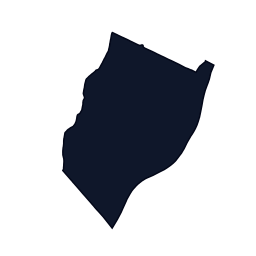 the district of Sliedrecht, Zuid-Holland, Netherlands, rotated 298°
{"feature_id": "6326949B68381004062168", "entity_name": "Sliedrecht", "entity_type": "district", "adm_level": 2, "iso_a3": "NLD", "parent_name": "Netherlands", "parent_adm1": "Zuid-Holland", "projection": "albers", "projection_center": [4.773, 51.831], "detail": "fine", "context": "isolated", "style": "filled", "palette": "ink", "viewbox_px": 256, "rotation_deg": 298, "n_neighbors": 0, "source": "geoboundaries", "source_scale": "gbopen_adm2", "svg_char_len": 5137}
<svg xmlns="http://www.w3.org/2000/svg" viewBox="0 0 256 256"><g transform="rotate(298 128 128)"><path d="M223.8,174.3L223.7,164.9L223.1,165.1L222.9,165.2L217.3,162.9L216.2,162.4L212.4,162.0L209.0,161.9L209.0,157.1L208.7,157.1L208.7,155.2L208.6,154.5L208.6,153.6L208.5,153.3L208.5,152.9L208.4,152.5L208.4,152.2L208.3,151.6L208.2,151.3L208.2,150.9L208.1,150.5L208.1,146.2L208.1,145.4L208.1,143.5L208.0,140.5L207.9,138.5L207.9,137.7L207.7,133.5L207.6,132.8L207.6,132.6L207.5,130.8L207.4,126.4L207.2,123.3L207.1,120.5L207.0,118.7L207.0,116.9L206.9,113.8L206.8,112.1L206.7,110.5L206.6,109.3L206.5,107.3L206.4,105.5L206.4,104.8L206.5,104.6L206.5,104.4L206.6,104.0L206.7,103.6L206.8,103.5L206.9,103.3L207.2,103.0L207.3,102.8L207.5,102.7L207.8,102.5L207.9,102.4L208.0,102.4L208.0,101.4L207.9,101.4L207.7,101.4L206.7,99.9L206.5,99.6L206.4,99.4L206.3,99.2L206.2,98.7L206.1,97.0L205.9,91.7L205.9,90.7L205.8,90.0L205.8,87.4L205.7,84.8L205.7,84.5L205.6,83.8L205.6,83.1L205.5,82.6L205.6,82.1L205.5,81.7L205.5,81.0L205.4,80.6L205.4,80.3L205.4,79.9L205.3,78.8L205.3,78.4L205.3,77.8L205.2,76.4L205.2,74.3L205.1,73.0L205.0,70.4L204.9,69.4L204.5,69.4L204.4,69.3L204.1,69.3L203.4,69.5L202.1,69.8L200.7,70.3L200.3,70.4L199.2,70.8L198.7,71.0L197.7,71.2L195.9,71.8L195.4,72.0L194.3,72.3L193.4,72.6L192.1,73.1L190.4,73.6L189.7,73.8L189.1,73.9L188.4,74.1L187.7,74.3L186.7,74.6L186.3,74.6L185.3,74.5L184.6,74.5L183.7,74.5L182.9,74.5L182.2,74.6L181.9,74.6L181.7,74.6L181.4,74.6L181.2,74.6L180.8,74.6L180.0,74.7L179.4,74.7L177.8,74.6L176.2,74.7L174.9,74.7L173.1,74.8L172.9,74.8L172.2,74.7L171.7,74.7L171.4,74.7L170.0,74.7L169.6,74.7L169.3,74.7L168.0,74.7L166.8,74.6L166.5,74.5L166.3,74.5L166.0,74.3L165.8,74.3L165.6,74.2L165.4,74.0L165.3,73.9L165.1,73.7L164.8,73.4L164.5,73.1L164.4,73.0L164.3,72.9L164.0,72.7L163.9,72.6L163.4,72.5L163.2,72.5L162.6,72.4L162.1,72.2L161.1,71.8L160.8,71.7L159.5,71.1L159.1,70.9L158.4,70.6L157.3,70.2L157.0,70.1L156.0,69.7L155.8,69.6L155.4,69.4L154.7,69.2L153.5,68.9L152.1,68.4L151.8,68.3L151.6,68.3L151.4,68.3L151.1,68.3L150.8,68.3L149.5,68.6L148.4,68.9L147.9,69.0L147.0,69.2L146.7,69.3L146.3,69.4L144.9,69.9L143.6,70.4L143.4,70.5L143.0,70.6L142.6,70.7L142.2,70.8L141.5,71.0L141.1,71.1L140.9,71.2L140.5,71.3L140.2,71.4L139.1,71.8L138.9,71.9L138.7,71.9L138.5,72.0L138.4,72.1L138.0,72.2L137.9,72.2L137.8,72.3L137.5,72.4L137.3,72.5L137.2,72.6L136.9,72.9L136.4,73.4L136.3,73.6L136.1,73.7L135.9,74.0L134.6,75.2L134.1,75.6L133.7,75.7L133.4,75.6L133.2,75.6L132.7,75.6L132.4,75.6L132.1,75.6L131.3,75.6L131.1,75.7L130.7,75.8L129.3,76.3L129.1,76.4L128.2,76.9L128.1,77.0L127.8,77.1L127.5,77.2L126.5,77.5L126.1,77.6L125.4,77.8L124.8,78.0L124.1,78.2L122.6,78.7L122.5,78.8L122.1,78.8L121.8,78.8L120.7,78.8L119.8,78.7L119.7,78.7L119.3,78.8L118.9,78.7L118.6,78.7L118.4,78.6L117.9,78.4L117.6,78.3L117.4,78.2L117.1,78.0L116.9,77.8L116.6,77.6L116.4,77.5L116.1,77.4L115.8,77.4L115.6,77.3L115.1,77.4L115.0,77.5L114.8,77.5L114.5,77.6L114.1,77.6L113.8,77.8L113.7,77.8L112.8,78.1L112.7,78.2L112.2,78.4L111.8,78.4L110.8,78.8L109.4,79.1L109.1,79.2L108.4,79.2L108.2,79.2L107.6,79.3L106.7,79.3L106.3,79.3L104.6,79.0L104.0,78.9L103.4,78.7L102.7,78.2L102.4,78.0L102.3,77.9L102.1,77.8L101.7,77.5L101.4,77.3L101.1,77.1L100.9,77.0L100.3,76.8L100.1,76.6L99.8,76.5L98.9,76.0L98.8,75.9L98.3,75.7L97.9,75.6L97.5,75.4L96.7,75.3L95.7,75.0L95.0,74.8L94.8,74.7L94.4,74.6L94.1,74.7L93.9,74.8L93.6,74.8L88.8,76.4L88.6,76.4L88.5,76.5L88.3,76.5L88.1,76.6L87.6,76.8L86.4,77.3L85.9,77.6L85.4,77.8L84.6,78.3L84.3,78.4L84.0,78.6L82.4,79.2L81.8,79.5L81.2,79.7L80.7,79.8L79.4,80.3L78.2,80.8L77.5,81.1L77.1,81.3L75.9,81.9L75.8,82.0L73.6,83.2L73.5,83.3L71.2,85.3L71.0,85.6L68.9,86.9L67.7,87.5L65.5,88.5L64.7,88.9L63.5,89.4L63.0,89.6L62.6,89.8L62.4,89.9L61.6,90.3L61.1,90.4L60.9,90.4L60.6,90.4L60.4,90.4L60.0,90.3L59.8,90.5L59.1,92.4L58.3,94.4L57.1,97.6L55.4,102.0L55.0,103.2L54.4,104.6L54.2,105.0L53.7,106.5L52.8,108.8L52.7,109.1L52.6,109.4L51.7,111.7L51.4,112.5L51.0,113.5L50.6,114.6L50.0,116.1L48.8,119.1L48.0,121.3L44.5,130.5L44.0,131.7L43.0,134.4L42.3,136.0L41.3,138.6L40.5,141.0L38.1,147.5L35.5,153.5L32.2,161.0L42.1,161.5L47.0,161.5L50.2,161.5L51.6,161.4L54.1,161.2L62.4,160.7L62.7,160.7L63.0,160.6L63.6,160.6L64.2,160.5L65.5,160.5L69.7,160.6L70.2,160.6L72.1,160.7L73.1,160.8L73.8,160.8L75.2,161.0L76.1,161.2L76.9,161.3L77.5,161.5L79.4,162.0L80.4,162.2L82.6,162.9L83.5,163.2L84.3,163.6L85.2,163.9L86.9,164.7L87.3,164.8L87.9,165.1L88.5,165.5L90.7,166.7L91.2,167.0L91.6,167.3L92.5,167.9L93.1,168.4L94.0,169.1L94.6,169.6L98.0,172.3L101.5,174.7L104.8,177.0L108.3,179.5L111.7,181.4L115.1,183.1L118.5,184.5L118.9,184.6L119.2,184.7L120.7,185.2L121.9,185.5L122.5,185.6L123.3,185.7L124.9,186.0L127.5,186.4L128.2,186.5L130.4,186.9L131.1,187.0L131.7,187.0L134.2,187.1L135.5,187.2L136.7,187.2L139.5,187.1L142.0,187.0L143.6,187.0L146.6,187.1L149.1,187.2L150.1,187.2L152.7,187.5L156.1,187.7L157.0,187.7L159.3,187.7L162.7,187.5L166.1,187.0L169.3,186.4L170.5,186.1L170.9,186.1L176.1,184.6L182.4,182.7L188.2,180.8L192.4,179.7L194.4,179.2L195.4,179.0L197.5,178.5L202.6,177.8L205.1,177.5L209.4,176.8L215.8,175.1L216.8,175.0L223.8,174.3Z" fill="#0f172a" stroke="#020617" stroke-width="1.5"/></g></svg>